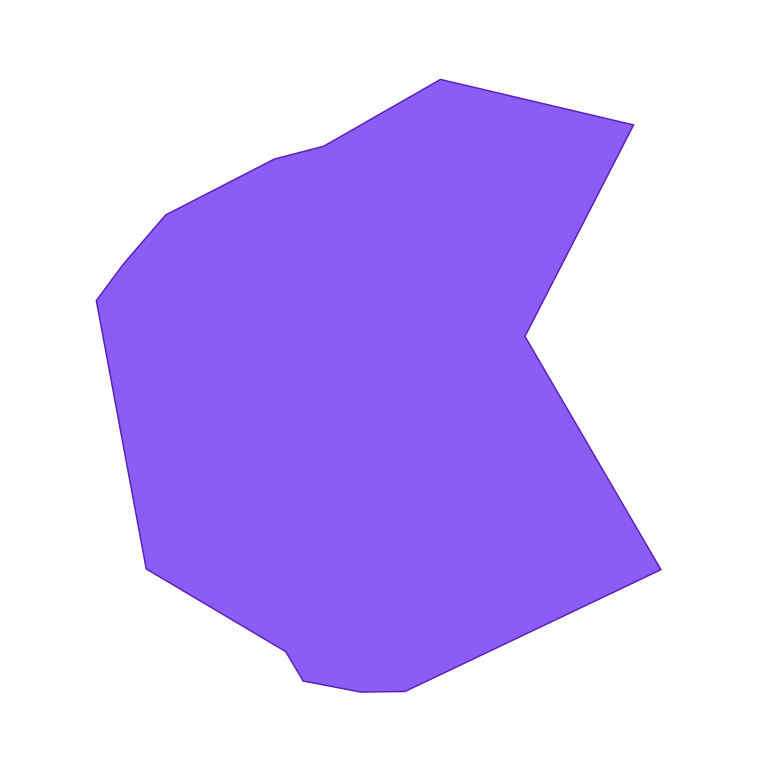 the Municipality of Cerkvenjak, rotated 6°
{"feature_id": "SVN-198", "entity_name": "Cerkvenjak", "entity_type": "Municipality", "adm_level": 1, "iso_a3": "SVN", "parent_name": "Slovenia", "parent_adm1": "", "projection": "natural_earth1", "projection_center": [15.947, 46.561], "detail": "fine", "context": "isolated", "style": "filled", "palette": "violet", "viewbox_px": 768, "rotation_deg": 6, "n_neighbors": 0, "source": "natural_earth", "source_scale": "10m", "svg_char_len": 347}
<svg xmlns="http://www.w3.org/2000/svg" viewBox="0 0 768 768"><g transform="rotate(6 384 384)"><path d="M166.9,592.8L89.2,331.1L112.4,291.8L149.2,238.7L251.5,171.7L299.2,153.8L408.3,75.2L605.1,100.3L519.2,321.9L678.8,539.7L437.0,687.6L393.3,692.8L334.7,687.9L314.2,660.4L166.9,592.8Z" fill="#8b5cf6" stroke="#5b21b6" stroke-width="1.5"/></g></svg>